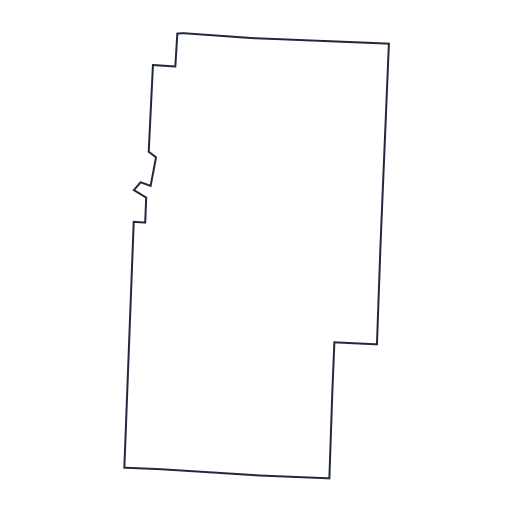 Ogle, Illinois, United States of America, rotated 93°
{"feature_id": "52423323B31657722405352", "entity_name": "Ogle", "entity_type": "district", "adm_level": 2, "iso_a3": "USA", "parent_name": "United States of America", "parent_adm1": "Illinois", "projection": "albers", "projection_center": [-89.343, 42.045], "detail": "fine", "context": "isolated", "style": "outline", "palette": "slate", "viewbox_px": 512, "rotation_deg": 93, "n_neighbors": 0, "source": "geoboundaries", "source_scale": "gbopen_adm2", "svg_char_len": 447}
<svg xmlns="http://www.w3.org/2000/svg" viewBox="0 0 512 512"><g transform="rotate(93 256 256)"><path d="M474.3,376.4L473.9,342.0L475.0,239.9L474.2,171.1L385.4,172.7L338.1,173.2L337.9,130.6L242.0,132.2L207.6,132.6L37.0,134.4L38.6,271.0L37.3,340.5L38.0,346.2L71.0,346.5L70.7,368.9L157.5,368.6L162.7,361.0L191.5,364.9L188.4,375.1L196.6,381.4L203.4,368.7L228.4,368.4L228.3,379.9L474.3,376.4Z" fill="none" stroke="#1e293b" stroke-width="2"/></g></svg>